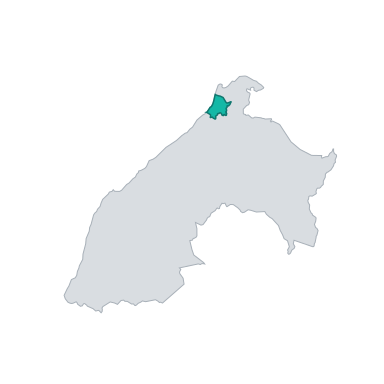 where Lambayeque sits in Peru, rotated 76°
{"feature_id": "PER-566", "entity_name": "Lambayeque", "entity_type": "Department", "adm_level": 1, "iso_a3": "PER", "parent_name": "Peru", "parent_adm1": "", "projection": "orthographic", "projection_center": [-79.581, -6.354], "detail": "fine", "context": "in_parent", "style": "filled", "palette": "teal", "viewbox_px": 384, "rotation_deg": 76, "n_neighbors": 0, "source": "natural_earth", "source_scale": "10m", "svg_char_len": 5519}
<svg xmlns="http://www.w3.org/2000/svg" viewBox="0 0 384 384"><g transform="rotate(76 192 192)"><path d="M275.8,112.4L275.7,113.4L274.4,113.9L273.1,113.1L271.4,113.3L268.7,110.8L262.4,111.1L259.6,113.9L255.3,114.5L250.7,115.7L245.5,116.2L237.2,120.7L235.4,122.6L231.6,125.2L228.6,126.1L227.0,134.4L224.0,139.3L222.8,141.9L224.3,146.0L224.3,148.0L222.6,149.5L221.2,149.7L218.4,151.4L214.2,155.0L213.4,157.8L214.7,161.6L214.2,162.0L210.8,162.7L210.8,164.8L210.1,165.6L213.0,168.6L214.6,169.3L214.7,170.1L214.4,170.8L213.7,171.2L213.7,171.8L215.7,174.1L217.2,178.6L220.2,180.8L220.3,182.2L221.1,183.6L222.7,184.7L226.3,189.2L226.3,191.3L222.4,196.0L228.7,196.1L235.6,197.8L236.6,198.5L237.4,200.7L237.4,202.1L238.8,203.3L238.6,205.9L247.7,206.0L253.6,205.5L263.4,197.7L264.9,197.1L264.1,198.8L263.9,200.0L264.4,201.4L263.3,203.3L262.6,222.6L264.4,221.6L266.6,223.5L268.2,223.6L273.5,221.5L279.5,222.0L292.6,247.5L291.3,249.2L291.3,250.4L289.6,251.5L287.7,253.5L287.2,263.5L285.7,266.5L286.4,268.1L287.0,271.2L288.2,273.2L288.5,274.4L288.3,274.9L286.4,275.9L286.1,277.7L282.5,281.2L281.8,283.6L280.4,284.4L280.1,287.1L283.0,291.5L280.9,294.1L278.9,298.0L281.6,306.2L282.8,307.4L284.2,307.4L286.2,308.1L287.2,309.4L284.6,310.9L284.2,311.5L284.2,314.2L281.3,316.2L277.4,321.2L276.4,321.5L274.5,323.0L274.1,323.7L274.4,324.5L275.9,326.0L275.9,327.9L273.2,330.1L271.3,330.4L270.5,331.0L271.1,334.1L271.1,335.6L270.4,337.2L269.0,339.0L264.9,340.8L261.3,341.1L255.5,336.3L253.6,334.3L247.8,330.2L247.0,326.0L245.0,324.0L241.3,322.4L238.5,320.2L236.3,319.1L230.9,314.3L225.9,312.8L216.6,307.7L211.6,306.0L205.2,301.2L201.7,299.9L198.9,297.7L190.4,293.0L189.0,291.5L187.8,289.2L185.9,287.9L183.8,284.7L180.6,282.8L177.5,280.4L173.8,273.8L172.1,272.2L172.0,269.3L170.7,267.9L172.6,266.9L173.9,262.2L173.3,259.9L168.9,253.6L168.1,251.0L164.9,246.2L163.8,243.3L161.2,241.2L160.2,239.3L158.7,238.6L158.7,236.3L157.7,232.1L156.3,230.0L151.2,226.0L150.7,221.7L149.6,218.6L142.4,206.4L138.3,194.7L134.8,188.2L133.3,184.4L133.2,182.4L130.6,179.0L129.2,175.8L123.3,169.7L119.9,162.9L119.4,160.8L117.0,157.1L113.3,152.3L111.4,150.3L100.0,144.3L94.6,140.7L94.0,138.8L94.3,137.7L95.4,136.7L97.1,137.5L98.1,137.1L98.8,135.8L98.8,133.8L97.8,131.2L94.2,126.1L95.1,123.9L91.4,118.0L92.3,112.4L93.1,110.9L98.6,105.2L100.1,102.7L102.5,101.2L104.9,98.9L107.9,97.1L108.7,97.7L109.6,100.8L109.4,102.8L110.2,105.1L108.2,107.2L106.0,106.7L105.2,107.2L104.9,108.2L105.2,109.8L105.8,110.4L107.4,110.5L105.2,113.5L105.4,114.1L106.9,114.6L108.4,113.9L109.9,112.1L110.9,111.9L116.5,114.8L119.0,114.5L121.0,115.9L121.3,118.0L124.0,122.2L128.2,123.2L128.9,122.9L129.8,121.3L130.7,121.1L130.9,118.7L134.5,116.2L135.1,114.6L134.6,113.3L134.7,112.4L136.8,106.9L137.4,106.3L138.1,104.5L138.9,103.4L140.1,97.3L141.1,97.3L142.1,98.8L143.2,98.4L142.6,97.0L142.8,96.5L146.8,91.6L148.0,90.5L167.3,83.8L176.9,76.8L185.4,67.1L188.0,57.3L189.0,57.9L190.6,57.7L190.1,53.7L190.5,51.8L190.4,51.3L187.8,48.9L186.7,46.3L184.4,44.8L184.5,44.2L186.9,44.8L189.1,44.6L191.0,42.9L192.4,43.1L195.6,45.4L197.9,45.6L198.7,47.2L200.9,48.4L204.1,51.8L205.6,55.5L205.5,56.2L206.9,58.2L210.0,59.2L213.1,61.9L216.4,62.8L217.8,65.3L218.7,66.1L219.1,67.5L218.6,69.2L219.1,70.1L221.5,71.6L223.5,71.7L223.9,72.4L225.1,76.4L224.3,78.5L224.6,79.7L227.2,80.7L228.0,81.6L230.1,81.8L233.1,81.0L236.9,82.3L239.7,81.8L241.1,81.5L242.4,80.6L243.5,80.7L246.5,78.1L247.3,77.9L250.4,79.1L253.0,81.0L256.3,80.7L257.6,79.6L259.9,79.0L264.2,81.3L265.1,82.3L266.2,82.6L270.8,84.8L271.6,85.7L273.9,86.6L274.4,87.3L274.3,88.1L263.5,104.7L266.8,106.2L269.9,105.4L271.4,106.5L272.6,109.3L275.0,111.1L275.8,112.4Z" fill="#d9dde1" stroke="#a8b0b8" stroke-width="1"/><path d="M118.2,158.7L118.2,158.2L117.9,157.8L116.2,156.0L115.4,155.2L115.2,154.9L114.3,154.1L114.1,153.6L114.0,153.1L113.8,152.6L113.4,152.1L113.1,151.8L111.3,150.3L110.4,149.8L108.4,148.6L105.7,147.3L103.0,145.9L103.3,145.6L103.9,144.9L105.2,142.8L105.3,142.6L105.5,142.0L105.6,141.8L105.9,141.3L107.8,139.0L108.0,138.9L113.3,137.3L113.8,136.9L114.0,136.8L114.1,136.5L114.2,136.0L114.1,134.4L113.8,132.8L113.9,132.4L114.0,132.3L114.5,132.6L115.2,133.3L116.2,134.0L116.4,134.2L116.6,134.6L116.7,134.8L116.8,135.0L117.1,135.4L117.2,135.5L117.3,135.7L117.3,135.9L117.2,136.0L116.9,136.5L116.9,136.8L116.9,137.0L117.0,137.1L117.4,137.3L117.8,137.3L118.0,137.4L118.2,137.5L118.5,137.7L118.6,137.9L118.7,138.0L118.9,138.5L119.1,138.6L119.6,138.8L120.1,138.7L120.4,138.6L120.6,138.6L120.8,138.6L121.5,138.8L121.8,139.0L122.1,139.5L122.3,139.7L122.5,139.7L122.8,139.5L123.1,139.5L123.3,139.5L123.4,139.8L123.5,139.9L123.8,139.7L124.0,139.5L124.2,139.4L124.4,139.4L124.5,139.5L125.1,139.8L125.4,139.9L125.7,140.0L125.8,140.2L125.9,140.3L125.9,140.5L125.8,140.8L125.7,141.0L124.7,141.8L124.6,142.0L124.6,142.3L124.7,142.5L124.8,142.7L125.0,142.7L125.3,142.8L125.4,143.0L125.2,143.6L124.6,144.3L123.3,144.5L123.0,144.6L122.7,144.8L122.2,145.1L122.1,145.3L121.9,145.6L121.9,145.8L121.9,146.0L122.2,146.5L122.3,146.7L122.3,146.9L122.2,147.0L122.1,147.4L122.2,148.2L122.3,148.3L122.6,148.4L122.9,148.4L123.1,148.5L123.3,148.7L123.4,148.9L123.7,149.7L124.0,150.4L124.2,150.7L124.4,150.8L124.8,150.8L125.2,150.8L125.6,151.0L126.4,151.2L126.6,151.3L126.8,151.6L126.8,151.8L126.7,152.0L126.6,152.3L126.2,152.6L125.5,153.5L125.1,153.7L124.7,153.9L124.4,154.0L124.2,154.3L124.2,155.7L124.2,155.9L124.2,156.0L123.8,156.2L123.3,155.8L121.8,155.4L121.6,155.4L121.4,155.4L121.3,155.5L118.6,158.2L118.2,158.7Z" fill="#14b8a6" stroke="#0f766e" stroke-width="1.5"/></g></svg>